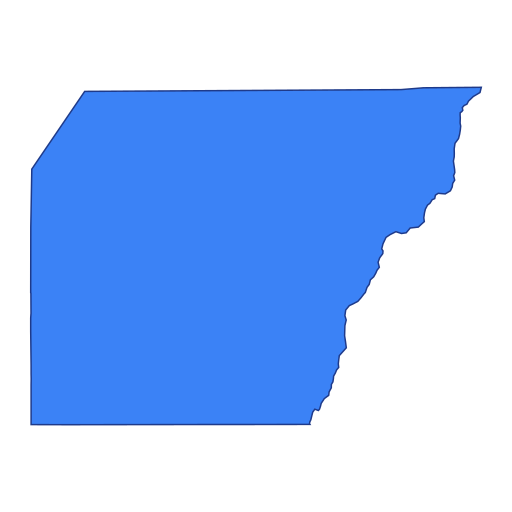 the district of Montezuma, Colorado, United States of America
{"feature_id": "52423323B17337947288307", "entity_name": "Montezuma", "entity_type": "district", "adm_level": 2, "iso_a3": "USA", "parent_name": "United States of America", "parent_adm1": "Colorado", "projection": "mercator", "projection_center": [-108.315, 37.319], "detail": "fine", "context": "isolated", "style": "filled", "palette": "blue", "viewbox_px": 512, "rotation_deg": 0, "n_neighbors": 0, "source": "geoboundaries", "source_scale": "gbopen_adm2", "svg_char_len": 1620}
<svg xmlns="http://www.w3.org/2000/svg" viewBox="0 0 512 512"><path d="M31.1,424.6L67.2,424.7L69.1,424.7L209.0,424.5L209.3,424.5L244.1,424.5L309.9,424.4L309.5,423.8L309.8,421.9L310.8,419.9L311.7,416.2L312.7,412.2L314.8,409.2L316.8,409.9L318.4,410.5L319.5,409.2L320.5,406.2L321.2,403.4L324.3,398.6L328.7,395.3L329.1,391.9L331.3,387.8L331.4,384.4L332.9,381.9L333.4,378.7L333.6,376.1L335.3,373.1L336.6,369.9L338.7,367.4L338.3,363.8L338.7,360.0L339.3,355.6L346.3,347.8L345.5,341.6L344.6,335.8L344.9,325.6L346.2,320.0L344.9,315.7L345.7,310.0L349.3,305.6L352.8,304.0L357.9,301.3L360.9,297.9L363.9,294.0L365.3,292.5L367.0,287.4L369.2,284.4L370.4,279.8L373.7,276.8L375.8,273.1L377.0,270.3L379.3,267.3L378.1,262.2L379.7,257.8L382.8,253.6L383.0,250.9L381.7,248.9L383.0,243.8L386.0,237.4L390.1,234.6L395.9,231.7L401.5,233.5L406.2,232.8L410.2,228.0L418.3,227.1L421.5,224.1L424.3,221.6L423.8,217.7L424.5,212.8L425.4,209.1L427.5,205.1L429.9,203.3L432.2,199.7L434.7,198.6L435.4,195.2L438.2,193.3L441.5,193.6L445.2,193.9L447.9,192.3L450.4,190.8L452.2,187.0L452.7,183.4L454.7,180.1L453.6,175.7L454.8,172.6L454.6,169.5L453.9,164.6L453.4,161.1L454.2,156.9L454.3,153.7L454.2,148.8L455.0,143.3L458.5,138.6L459.6,134.3L460.3,130.0L460.7,126.1L460.1,123.1L460.3,117.8L460.1,115.0L460.2,112.7L461.7,111.7L462.8,110.3L462.3,107.6L464.1,105.5L466.9,104.2L468.5,101.1L473.3,96.5L480.0,92.5L481.3,87.3L423.5,87.8L401.1,89.6L84.7,91.4L31.8,169.1L30.8,227.0L30.7,292.8L30.9,293.1L31.0,313.4L30.7,318.1L30.7,331.0L31.1,365.3L31.1,366.7L31.1,373.6L31.2,378.8L31.1,384.9L31.1,385.9L31.1,424.6Z" fill="#3b82f6" stroke="#1e3a8a" stroke-width="1.5"/></svg>